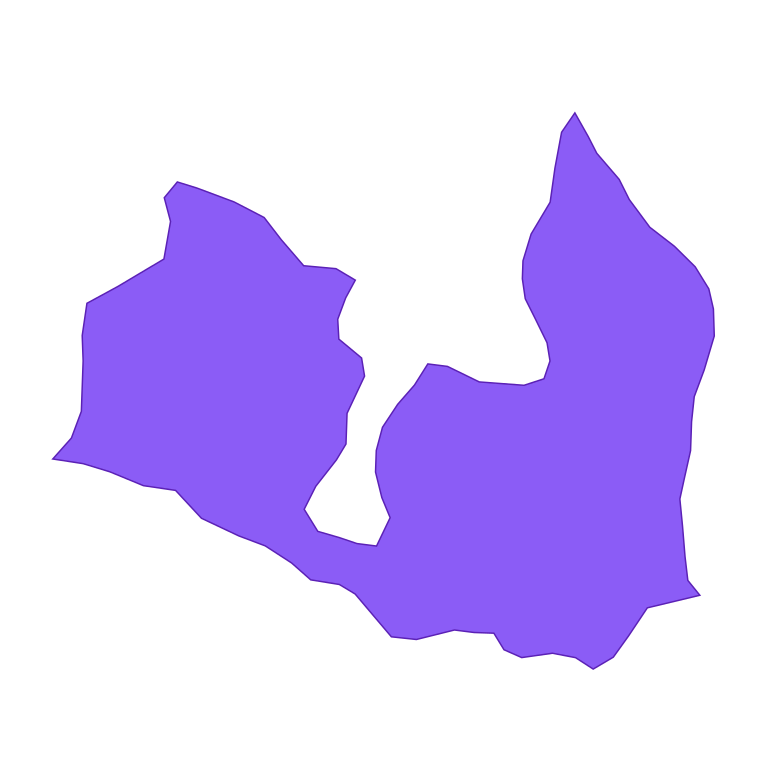 Karavas, Cyprus (Mercator projection), rotated 182°
{"feature_id": "46923920B26333175037014", "entity_name": "Karavas", "entity_type": "district", "adm_level": 2, "iso_a3": "CYP", "parent_name": "Cyprus", "parent_adm1": "", "projection": "mercator", "projection_center": [33.214, 35.337], "detail": "fine", "context": "isolated", "style": "filled", "palette": "violet", "viewbox_px": 768, "rotation_deg": 182, "n_neighbors": 0, "source": "geoboundaries", "source_scale": "gbopen_adm2", "svg_char_len": 1380}
<svg xmlns="http://www.w3.org/2000/svg" viewBox="0 0 768 768"><g transform="rotate(182 384 384)"><path d="M202.7,661.6L215.3,641.8L220.7,605.7L224.3,571.5L242.2,539.0L249.4,512.0L249.4,494.0L245.8,474.1L235.0,454.3L222.5,430.9L218.9,412.8L224.3,394.8L244.0,387.6L288.9,389.4L321.2,403.8L340.9,405.6L353.5,384.0L369.6,364.2L384.0,340.7L389.4,317.3L389.4,295.7L382.2,270.4L373.2,250.6L385.8,221.8L405.5,223.6L423.5,229.0L445.0,234.4L459.4,256.0L448.6,279.4L428.9,306.5L419.9,322.7L419.9,353.4L403.7,391.2L407.3,409.2L430.7,427.3L432.5,447.1L425.3,468.7L416.3,486.8L436.0,497.6L468.4,499.4L491.7,524.6L509.6,546.2L540.1,560.7L577.8,573.3L597.6,578.7L610.1,562.5L603.0,539.0L608.3,501.2L633.5,485.0L653.2,472.3L683.7,454.3L687.3,421.9L685.5,396.6L685.5,346.1L694.5,319.1L712.4,297.5L681.9,293.9L655.0,286.7L620.9,274.0L588.6,270.4L561.7,243.4L524.0,227.2L497.1,218.1L470.1,201.9L450.4,185.7L421.7,182.1L405.5,173.1L385.8,151.4L367.8,131.6L342.7,129.8L305.0,140.6L285.3,138.8L265.5,138.8L254.8,122.6L236.8,115.4L206.3,120.8L183.0,117.2L165.0,106.4L145.3,119.0L130.9,140.6L113.0,169.5L61.0,183.9L73.5,198.3L77.1,221.8L80.7,252.4L84.3,279.4L80.7,299.3L75.3,328.1L75.3,357.0L73.5,382.2L64.5,409.2L55.6,443.5L57.4,470.5L62.7,490.4L77.1,512.0L98.6,531.8L123.8,549.9L145.3,576.9L156.1,596.7L179.4,622.0L188.4,638.2L202.7,661.6Z" fill="#8b5cf6" stroke="#5b21b6" stroke-width="1.5"/></g></svg>